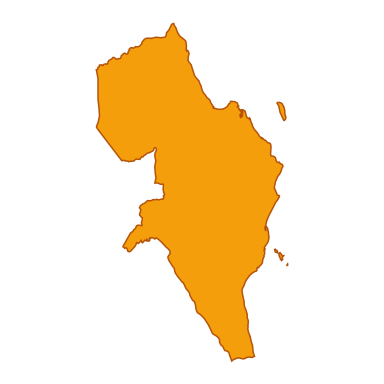 outline of Salima, Salima, Malawi
{"feature_id": "42251766B16377643813547", "entity_name": "Salima", "entity_type": "district", "adm_level": 2, "iso_a3": "MWI", "parent_name": "Malawi", "parent_adm1": "Salima", "projection": "equal_earth", "projection_center": [34.375, -13.765], "detail": "fine", "context": "isolated", "style": "filled", "palette": "amber", "viewbox_px": 384, "rotation_deg": 0, "n_neighbors": 0, "source": "geoboundaries", "source_scale": "gbopen_adm2", "svg_char_len": 6024}
<svg xmlns="http://www.w3.org/2000/svg" viewBox="0 0 384 384"><path d="M254.5,356.4L253.1,352.0L252.5,345.3L251.2,341.5L250.1,336.2L248.6,332.8L247.8,328.9L248.1,326.3L247.8,325.9L248.2,323.6L248.2,320.4L247.2,317.6L247.2,314.5L246.3,311.1L244.3,305.7L244.0,300.9L242.9,296.4L242.0,290.9L242.0,290.1L242.6,288.1L244.2,285.2L244.9,282.6L247.0,279.0L250.0,275.1L252.6,272.8L254.7,271.6L256.6,270.9L257.0,270.0L256.8,269.0L257.2,267.7L257.4,267.4L258.0,267.8L258.4,267.3L258.9,267.3L259.7,265.8L261.2,264.7L262.5,262.5L262.5,260.9L263.2,258.5L264.1,256.5L264.0,255.3L264.6,254.1L264.6,250.5L264.9,249.4L264.7,249.5L264.3,250.5L264.1,250.6L264.0,250.3L264.6,248.4L264.4,247.5L267.7,242.4L268.4,240.6L269.0,237.7L268.3,231.7L267.6,228.6L266.2,226.2L265.7,226.0L265.3,227.3L265.6,227.6L265.5,228.3L265.9,229.2L265.8,229.5L265.3,228.9L265.9,230.2L265.9,230.4L265.6,230.4L265.0,229.2L265.1,226.8L265.7,225.5L266.3,222.4L267.0,220.0L268.9,215.6L276.0,201.8L277.1,200.7L279.4,196.7L279.2,195.6L277.6,195.2L277.1,194.7L276.7,193.2L275.7,191.3L275.5,190.1L274.4,188.6L274.5,186.4L275.4,181.9L277.4,177.1L280.2,173.1L281.3,170.7L281.6,168.9L283.0,166.2L282.6,164.9L281.9,164.2L280.5,163.8L280.0,163.0L279.5,162.9L279.3,162.2L278.6,162.5L276.5,161.7L275.3,157.5L273.6,156.3L271.5,156.0L270.8,155.5L270.6,154.0L271.0,146.6L270.8,145.0L270.5,144.0L269.6,143.1L267.4,142.5L265.7,140.4L264.7,140.2L262.2,137.9L261.4,137.6L262.1,138.5L262.0,138.8L261.6,138.6L259.0,135.6L258.6,134.6L256.6,131.9L254.4,129.4L252.8,126.6L252.3,125.5L252.2,124.4L251.0,121.9L250.0,118.5L249.8,118.3L249.8,119.0L249.4,119.3L249.2,118.6L247.4,117.8L246.6,116.8L245.1,111.2L243.0,109.8L240.9,109.7L240.7,110.0L241.2,110.4L242.4,110.9L242.9,112.5L242.7,112.9L241.6,113.5L241.5,114.2L241.7,114.3L241.6,114.8L241.7,115.5L242.4,115.1L242.6,115.6L241.9,116.5L241.1,115.1L240.8,115.1L240.7,115.4L241.1,115.8L241.1,116.8L240.5,118.1L240.5,116.7L239.9,115.2L240.1,114.6L241.6,113.2L241.0,111.4L239.2,109.8L239.1,108.5L237.3,106.8L237.4,106.5L238.7,106.0L237.9,105.0L237.4,103.1L234.9,101.7L230.8,101.3L230.5,101.5L229.9,103.3L229.5,103.7L228.9,103.8L228.2,105.1L227.8,105.4L227.6,106.1L226.8,106.9L224.2,108.5L222.0,109.2L218.3,109.3L215.5,108.5L213.9,108.6L213.1,107.9L213.9,107.5L214.0,107.2L212.4,105.5L212.1,104.6L210.9,103.0L210.0,100.4L208.7,98.9L207.1,97.8L205.8,95.7L203.0,92.2L201.6,88.5L201.2,86.1L200.4,84.9L200.1,83.8L199.1,82.0L198.9,80.7L198.2,80.2L195.0,76.4L194.3,74.8L191.1,64.7L188.8,61.9L188.1,60.4L188.2,57.0L189.1,53.4L188.1,50.9L187.3,50.4L186.8,51.1L186.3,50.5L186.4,45.1L185.8,41.3L184.6,39.9L179.9,36.2L177.3,32.0L176.0,28.0L174.2,25.2L173.6,23.0L173.5,23.9L173.1,23.5L171.6,24.4L168.9,30.0L166.5,32.8L166.2,35.5L165.3,36.9L164.3,37.3L160.7,37.7L155.9,37.2L152.9,38.1L151.2,38.2L151.0,38.5L149.1,38.1L145.9,38.4L144.4,39.3L143.0,40.9L142.0,42.3L141.7,44.0L139.1,46.4L137.7,46.9L135.6,46.6L133.5,48.2L131.6,47.6L130.4,48.0L129.2,49.1L129.1,49.8L129.4,50.4L128.3,51.3L128.0,53.2L127.6,53.8L126.5,54.2L125.1,53.3L123.9,53.3L121.3,55.7L120.8,58.0L119.9,58.6L118.3,58.6L116.5,59.3L114.2,57.5L112.9,57.5L111.5,59.1L109.0,60.4L108.2,61.6L107.5,64.1L105.7,63.9L103.9,64.3L103.0,65.6L102.2,65.3L101.9,64.8L99.4,65.1L99.4,66.4L98.0,67.3L97.7,69.3L96.3,69.7L98.0,78.4L98.0,99.1L99.1,109.3L99.5,116.1L98.1,122.4L96.5,126.4L96.6,127.2L97.5,128.9L121.4,160.2L122.1,160.8L123.6,160.2L125.7,161.1L127.4,160.9L128.9,161.8L130.5,161.1L131.5,161.3L133.9,161.0L135.4,159.5L136.5,159.1L139.9,159.4L141.6,156.8L142.8,157.0L143.3,156.2L145.9,154.4L147.3,153.1L149.0,152.9L152.9,150.9L153.6,150.1L153.9,148.8L154.2,148.2L155.1,147.6L155.6,147.8L156.3,148.4L156.2,150.2L156.0,151.2L155.1,153.1L154.8,154.9L155.0,157.1L155.8,160.9L154.8,166.3L155.3,173.9L156.0,177.4L154.9,183.1L157.4,182.9L160.6,184.3L163.2,184.2L163.4,185.3L163.1,189.1L163.7,192.8L164.4,193.9L164.5,194.6L164.3,195.2L163.4,195.9L163.7,197.2L163.3,199.0L161.2,199.1L159.2,199.9L156.4,199.3L154.9,199.9L153.1,199.5L151.2,200.7L147.4,200.7L144.5,203.3L143.2,203.7L140.3,205.8L139.4,207.9L140.8,209.4L140.3,212.3L139.7,213.5L139.6,214.5L139.7,215.2L140.6,216.0L141.0,216.9L142.4,217.9L142.1,220.3L141.4,222.6L141.9,224.9L141.9,225.6L138.4,225.1L136.5,225.8L135.6,228.1L134.6,229.3L133.6,229.8L132.9,231.6L131.6,232.1L130.4,233.2L123.3,245.8L123.0,246.4L123.1,247.0L123.9,247.2L124.6,248.3L126.2,247.7L127.4,249.6L127.9,251.3L129.3,251.8L130.6,251.2L134.3,247.2L135.7,245.3L136.6,242.7L136.9,242.6L138.4,243.5L139.7,242.3L141.1,240.3L142.1,242.6L142.6,242.8L144.9,240.1L146.0,240.9L146.5,241.0L146.8,240.8L146.9,239.3L147.6,239.8L148.2,241.2L148.9,241.2L149.9,240.0L149.4,238.4L150.1,237.7L150.9,238.2L152.1,237.5L154.9,239.0L155.8,238.0L156.2,237.9L158.1,239.1L161.0,241.6L166.4,247.4L168.3,248.9L169.7,250.7L170.0,251.8L170.0,253.5L167.9,256.8L168.0,257.9L168.8,260.3L172.2,265.7L174.3,268.5L174.8,271.5L175.4,273.1L177.8,276.6L182.4,282.4L183.3,282.7L185.9,288.4L189.1,292.4L189.5,293.4L189.9,295.4L192.6,300.4L194.4,301.5L195.5,305.2L196.1,309.6L197.3,312.3L197.6,312.8L199.2,313.7L201.8,315.9L204.6,319.0L208.5,325.0L212.6,333.7L216.5,336.1L218.8,338.1L219.7,340.3L219.4,341.2L220.0,343.4L220.9,344.9L222.8,346.6L224.8,350.5L227.3,351.2L228.5,352.2L229.2,353.5L229.5,355.1L230.9,358.6L231.7,361.0L233.7,359.5L237.2,358.1L238.6,357.8L242.6,358.8L244.1,358.8L247.3,357.3L249.3,357.0L251.7,357.5L254.5,356.4ZM284.3,120.5L285.6,118.9L285.8,117.4L285.8,116.6L285.0,114.9L284.7,110.3L283.8,106.7L281.8,103.3L279.4,102.4L277.5,102.5L277.1,103.0L277.1,103.4L278.7,105.8L280.1,112.5L283.7,120.2L284.3,120.5ZM280.0,252.6L278.9,253.1L278.8,254.0L279.2,254.7L279.1,256.0L280.0,257.3L280.1,258.3L280.6,259.1L280.6,259.6L281.2,259.6L281.6,260.5L282.7,259.4L282.4,257.8L282.5,256.8L283.5,256.1L283.7,255.6L282.2,255.8L281.5,254.7L281.4,254.1L280.4,253.5L280.0,252.6ZM277.5,252.1L277.4,251.2L277.0,250.5L275.6,249.7L275.3,249.2L274.6,249.5L275.3,252.1L276.2,252.2L277.2,252.9L277.5,252.1ZM287.6,265.4L287.7,264.4L287.6,263.9L287.1,264.5L287.0,265.5L287.6,265.4Z" fill="#f59e0b" stroke="#b45309" stroke-width="1.5"/></svg>